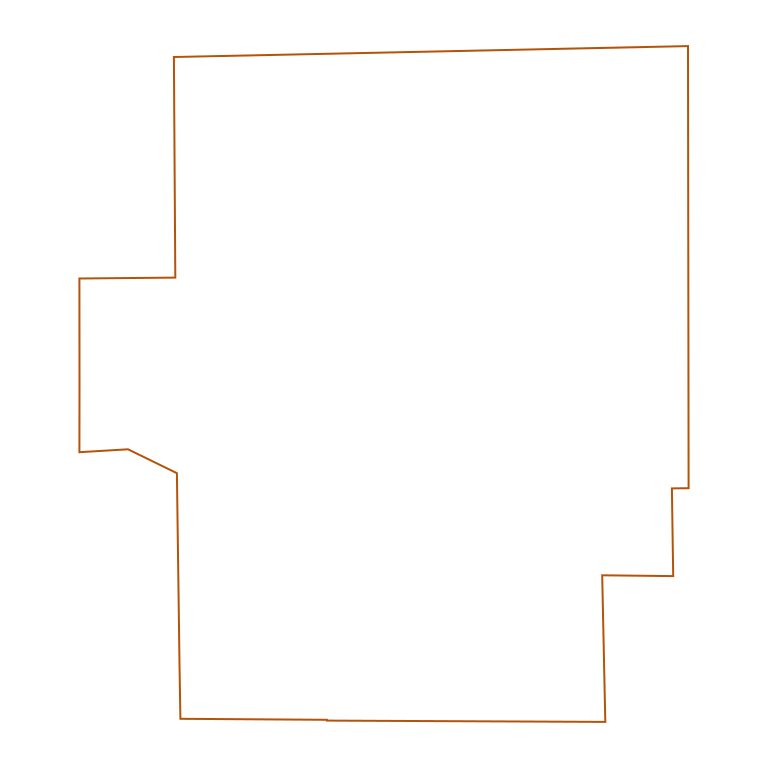 the district of Macon, Illinois, United States of America
{"feature_id": "52423323B50631899161108", "entity_name": "Macon", "entity_type": "district", "adm_level": 2, "iso_a3": "USA", "parent_name": "United States of America", "parent_adm1": "Illinois", "projection": "albers", "projection_center": [-88.998, 39.854], "detail": "fine", "context": "isolated", "style": "outline", "palette": "amber", "viewbox_px": 768, "rotation_deg": 0, "n_neighbors": 0, "source": "geoboundaries", "source_scale": "gbopen_adm2", "svg_char_len": 338}
<svg xmlns="http://www.w3.org/2000/svg" viewBox="0 0 768 768"><path d="M688.6,488.2L688.0,46.1L173.9,57.0L175.3,277.6L79.4,278.5L79.5,386.1L79.4,452.2L128.0,449.3L176.9,473.2L179.5,664.3L180.4,718.8L326.9,719.8L326.9,720.6L605.3,721.9L602.2,575.3L673.2,576.1L671.9,488.4L688.6,488.2Z" fill="none" stroke="#b45309" stroke-width="2"/></svg>